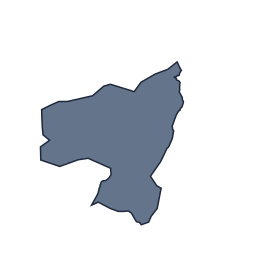 outline of Buyant, Bayan-Ölgiy, Mongolia, rotated 131°
{"feature_id": "93677404B33301384060955", "entity_name": "Buyant", "entity_type": "district", "adm_level": 2, "iso_a3": "MNG", "parent_name": "Mongolia", "parent_adm1": "Bayan-Ölgiy", "projection": "natural_earth1", "projection_center": [89.723, 48.59], "detail": "fine", "context": "isolated", "style": "filled", "palette": "slate", "viewbox_px": 256, "rotation_deg": 131, "n_neighbors": 0, "source": "geoboundaries", "source_scale": "gbopen_adm2", "svg_char_len": 1823}
<svg xmlns="http://www.w3.org/2000/svg" viewBox="0 0 256 256"><g transform="rotate(131 128 128)"><path d="M170.8,205.3L170.9,205.2L171.4,204.7L171.6,204.4L176.4,200.1L184.5,192.3L188.9,187.6L188.7,179.1L199.7,181.7L209.4,172.8L201.8,154.3L184.7,144.8L177.0,138.2L169.8,114.7L174.2,110.3L174.6,110.1L177.7,109.7L178.5,109.7L179.2,109.7L179.9,109.9L180.8,110.0L181.8,110.3L182.4,110.5L182.8,110.8L183.0,111.0L183.6,111.6L184.1,112.1L184.9,112.5L185.4,112.7L186.0,112.8L186.3,112.7L186.9,112.5L187.4,112.3L187.7,112.1L188.1,111.8L188.6,111.8L189.1,111.7L189.3,111.7L190.0,111.2L190.5,110.6L190.8,110.5L191.0,110.6L191.8,110.4L192.6,110.1L193.1,109.8L193.7,109.4L194.1,109.1L194.6,109.0L195.4,108.6L196.1,108.2L196.8,107.9L197.3,107.7L197.7,107.6L198.1,107.6L198.5,107.5L198.6,107.3L210.1,104.9L203.5,101.8L200.3,88.4L197.3,80.6L194.5,77.3L190.4,73.2L190.0,69.6L193.2,60.2L191.7,57.4L192.3,54.5L185.5,50.7L179.4,52.6L169.5,53.2L151.7,63.5L152.7,68.4L149.7,79.4L132.0,81.3L117.9,85.2L115.6,84.9L107.3,87.5L105.6,88.4L102.3,90.5L100.2,91.6L99.7,93.4L98.6,94.6L97.7,95.8L97.2,96.0L96.2,96.3L93.2,97.5L91.1,98.4L88.8,99.2L86.5,100.1L84.1,100.6L81.9,100.9L80.7,100.5L80.1,100.5L79.9,100.9L79.1,101.2L76.9,101.1L76.5,101.1L72.3,103.0L71.6,103.7L71.0,105.4L69.2,107.4L67.1,113.2L65.8,113.6L64.0,115.1L63.3,115.9L62.0,116.7L61.5,117.4L59.7,118.4L59.3,119.1L59.1,120.6L59.2,121.3L59.9,122.7L59.7,123.2L59.0,124.0L58.9,124.5L59.3,125.9L59.4,126.4L59.0,126.4L58.3,125.9L57.8,125.3L57.0,125.4L56.6,125.2L55.8,125.1L55.7,124.5L55.1,124.1L54.6,124.0L53.9,124.4L53.4,124.5L52.6,125.2L52.0,125.3L51.3,125.1L50.6,125.5L49.6,125.4L47.8,130.1L45.9,134.3L57.7,136.5L69.5,142.9L84.9,148.2L96.5,147.2L106.5,169.9L112.2,173.7L126.9,175.9L147.7,191.1L153.4,197.6L160.4,200.9L170.8,205.3Z" fill="#64748b" stroke="#1e293b" stroke-width="1.5"/></g></svg>